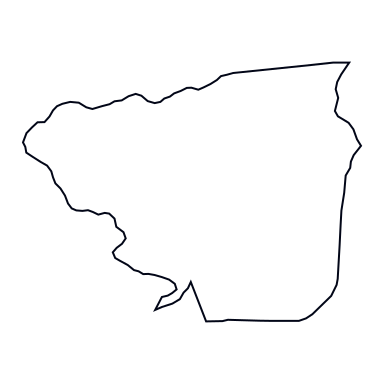 São Bento, Paraíba, Brazil
{"feature_id": "56859067B41301989860008", "entity_name": "São Bento", "entity_type": "district", "adm_level": 2, "iso_a3": "BRA", "parent_name": "Brazil", "parent_adm1": "Paraíba", "projection": "robinson", "projection_center": [-37.496, -6.462], "detail": "fine", "context": "isolated", "style": "outline", "palette": "ink", "viewbox_px": 384, "rotation_deg": 0, "n_neighbors": 0, "source": "geoboundaries", "source_scale": "gbopen_adm2", "svg_char_len": 1477}
<svg xmlns="http://www.w3.org/2000/svg" viewBox="0 0 384 384"><path d="M349.2,62.6L333.1,62.6L311.0,65.0L233.1,73.0L227.1,74.7L221.0,76.1L216.9,80.0L210.5,84.0L203.6,87.4L198.3,89.7L191.4,87.7L186.8,87.9L180.6,91.0L174.1,93.4L169.9,96.6L164.3,98.5L160.4,101.9L154.7,103.1L147.7,101.1L141.4,95.7L135.7,93.9L128.6,96.2L121.7,100.4L114.5,101.3L109.6,104.2L102.2,106.1L92.4,109.0L86.3,107.3L78.8,102.7L70.2,101.9L62.4,103.8L57.0,106.2L53.0,110.4L49.5,116.5L44.5,122.1L37.5,122.3L32.0,127.4L26.5,133.1L23.0,142.4L25.3,146.9L26.3,152.6L33.1,157.1L40.6,161.9L47.1,165.6L51.3,171.3L53.0,177.3L55.4,183.4L60.5,188.5L65.0,195.6L68.0,203.5L71.7,208.4L76.3,210.4L82.5,210.9L88.0,210.2L92.9,212.0L98.3,214.6L104.7,212.9L109.2,213.6L114.5,218.6L116.3,226.8L123.5,232.2L125.7,238.4L122.0,243.8L116.7,247.8L112.8,252.3L115.2,258.0L120.0,260.8L127.7,265.0L134.0,270.1L138.6,271.3L143.2,274.1L148.4,273.9L154.6,275.0L161.6,277.0L169.1,279.6L174.8,283.8L176.6,289.4L172.1,293.1L167.8,295.6L161.9,297.0L155.2,309.9L161.9,307.0L172.4,303.6L179.9,299.1L183.6,292.6L187.9,288.3L190.8,282.0L206.1,321.4L222.5,321.1L227.9,319.8L259.8,320.7L273.0,320.9L298.8,320.9L306.0,318.4L312.4,314.2L331.2,295.9L336.6,284.9L337.7,278.9L339.6,245.5L340.6,225.2L341.4,210.6L344.2,192.8L345.7,175.5L350.2,167.9L350.9,161.6L353.7,155.1L361.0,145.8L357.0,139.3L353.4,129.3L348.6,122.8L337.9,116.3L334.9,111.0L338.2,97.9L335.7,89.2L337.2,82.0L341.2,74.4L349.2,62.6Z" fill="none" stroke="#020617" stroke-width="2"/></svg>